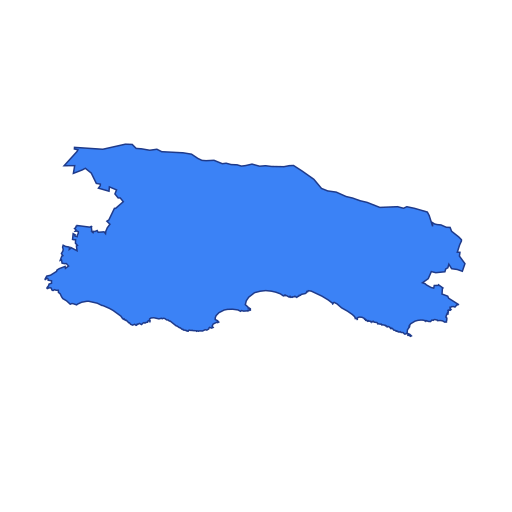 Eden, Western Cape, South Africa, rotated 14°
{"feature_id": "47623444B71894478343084", "entity_name": "Eden", "entity_type": "district", "adm_level": 2, "iso_a3": "ZAF", "parent_name": "South Africa", "parent_adm1": "Western Cape", "projection": "equal_earth", "projection_center": [22.286, -33.877], "detail": "fine", "context": "isolated", "style": "filled", "palette": "blue", "viewbox_px": 512, "rotation_deg": 14, "n_neighbors": 0, "source": "geoboundaries", "source_scale": "gbopen_adm2", "svg_char_len": 6057}
<svg xmlns="http://www.w3.org/2000/svg" viewBox="0 0 512 512"><g transform="rotate(14 256 256)"><path d="M343.5,177.2L335.7,176.4L329.1,176.5L318.4,174.6L309.8,175.5L303.2,174.6L293.6,167.6L280.2,162.4L270.5,159.1L266.4,160.3L261.5,162.6L249.3,165.4L243.4,166.1L237.8,168.0L229.9,167.8L224.0,170.8L220.1,172.3L215.6,172.1L209.7,173.3L204.6,173.2L201.0,174.6L192.1,173.3L184.5,175.6L180.4,176.3L176.0,175.4L168.8,172.8L160.3,173.5L139.3,177.6L134.0,176.4L127.3,179.1L118.9,179.7L113.7,180.6L108.9,177.7L102.2,179.1L81.5,189.5L53.6,194.5L53.9,196.1L57.5,196.0L57.1,197.8L48.0,214.8L58.2,212.2L58.8,220.0L66.5,214.6L69.2,212.2L76.1,215.4L83.5,224.2L87.6,223.9L87.9,225.4L86.7,228.3L97.7,228.7L97.0,224.4L104.7,225.6L104.1,229.9L108.2,233.0L110.2,232.5L114.1,235.4L108.3,243.7L107.1,244.0L104.5,256.6L102.9,258.3L106.6,260.5L104.9,264.5L104.3,268.4L104.6,270.7L102.7,269.3L97.1,271.2L95.7,269.7L93.9,271.1L92.4,271.4L92.3,272.8L91.4,272.5L90.8,271.4L90.4,271.5L90.4,270.8L89.4,268.3L89.4,267.2L89.0,267.1L87.8,268.2L74.9,269.7L74.8,270.4L74.2,270.7L74.3,271.8L73.3,273.3L74.9,274.0L75.0,274.9L74.6,275.7L76.4,275.1L77.7,275.4L78.1,277.2L77.6,278.6L77.8,280.5L75.7,280.5L75.3,280.3L75.4,279.2L73.2,278.6L74.0,284.3L75.3,284.3L77.0,283.8L77.7,287.3L80.2,288.9L79.3,289.7L81.1,294.2L74.5,292.6L74.6,293.1L73.2,294.8L72.9,292.8L72.4,292.5L68.9,292.8L66.3,292.2L66.2,294.2L67.3,296.2L67.4,298.0L66.6,300.7L68.5,302.4L67.6,303.1L67.1,307.6L68.2,306.9L69.6,309.9L72.4,309.7L73.8,309.2L76.6,311.1L74.1,314.1L73.3,312.3L68.1,315.9L66.3,317.8L66.2,319.2L61.2,324.4L57.8,326.1L56.9,329.5L57.2,329.8L58.6,328.2L59.1,328.1L59.9,328.7L60.2,329.8L63.6,329.5L64.2,331.9L62.0,333.3L61.9,335.1L60.9,337.2L61.1,338.0L61.8,338.0L62.5,337.1L64.3,336.6L65.2,336.8L66.0,338.2L66.8,338.6L67.6,338.5L68.6,337.4L70.3,337.6L72.5,337.1L73.1,339.1L75.2,340.1L77.2,342.6L78.9,344.1L83.0,345.3L87.4,347.7L88.8,346.7L90.0,346.5L93.8,346.8L94.4,345.9L98.1,343.0L102.7,340.9L104.6,340.4L113.4,340.2L118.6,341.3L119.3,341.1L126.5,342.3L130.5,343.4L139.4,347.0L141.8,349.1L142.1,348.9L142.9,349.4L143.3,349.0L143.9,349.7L145.2,349.6L145.3,350.0L146.6,350.2L148.7,351.6L149.3,351.4L150.9,352.6L153.0,352.9L154.8,351.6L156.4,352.3L156.9,352.0L157.2,350.8L157.8,350.9L159.2,349.6L161.5,350.2L162.8,348.2L163.5,347.7L164.5,348.0L165.1,347.2L166.8,346.5L167.0,346.0L166.7,345.6L167.3,344.8L168.2,344.6L168.9,345.3L169.0,344.6L168.1,343.6L168.0,342.7L169.2,341.5L171.8,340.6L177.0,340.5L179.3,339.3L180.2,339.6L181.0,338.9L182.6,338.7L184.7,339.6L186.3,339.4L187.6,340.1L188.5,339.9L195.4,343.1L196.5,343.1L199.0,344.1L199.7,343.9L201.9,345.0L202.9,344.8L203.4,345.4L205.8,345.1L206.5,345.5L206.9,345.1L207.8,345.5L208.5,345.3L208.7,344.4L209.4,344.0L211.1,344.0L211.9,343.5L212.6,343.7L216.2,343.0L216.6,343.4L217.7,342.7L218.5,342.9L219.3,342.3L222.3,341.7L224.5,339.8L226.2,339.8L227.8,338.2L227.8,337.3L228.2,336.5L230.3,336.7L231.7,335.7L230.4,334.7L230.9,332.4L233.9,329.8L234.6,330.0L235.1,329.3L235.4,329.5L235.8,329.1L234.7,328.6L234.5,328.1L231.8,327.5L231.4,325.8L231.7,323.5L233.7,320.0L238.2,316.1L241.2,314.7L246.1,313.3L251.5,312.7L254.4,313.4L255.2,312.4L257.3,312.5L260.3,311.5L261.0,310.9L261.5,311.3L261.8,310.6L262.5,310.5L262.7,309.7L263.6,309.8L263.3,308.6L262.3,308.3L261.9,307.6L262.0,308.6L261.5,308.2L261.7,307.8L261.0,308.3L260.5,307.4L257.4,305.8L257.4,301.8L258.9,297.7L263.5,291.9L268.7,289.1L273.8,287.2L279.3,286.4L283.9,286.3L288.8,286.8L292.2,288.1L292.7,287.9L293.0,287.2L293.6,286.8L294.0,287.4L295.0,287.0L297.9,287.8L298.3,287.2L298.9,287.6L299.1,287.0L300.0,287.6L301.1,286.9L301.3,287.2L303.4,285.7L303.8,286.1L304.2,285.8L305.6,286.3L306.2,285.2L307.2,284.8L307.4,283.7L308.7,283.4L309.2,282.3L312.9,280.5L314.0,279.1L313.9,278.1L314.9,278.0L315.1,277.0L318.1,276.7L329.7,279.0L336.8,281.2L341.8,283.4L342.0,283.9L342.3,283.6L342.0,282.9L343.0,282.1L346.1,282.8L351.6,285.6L358.2,287.4L363.7,289.5L366.5,291.1L367.4,292.5L367.6,292.1L368.7,292.2L369.9,293.6L369.3,292.2L369.8,291.0L371.2,290.2L373.7,289.8L376.7,290.5L377.0,290.8L376.9,291.1L377.9,291.1L378.0,291.9L378.9,291.7L379.8,292.2L379.9,291.7L380.8,291.5L381.0,292.0L382.6,291.6L383.7,292.3L383.7,291.8L384.9,291.3L385.3,291.6L385.6,291.0L386.8,291.6L389.5,291.3L390.7,292.4L390.9,292.1L393.1,292.1L393.8,291.7L394.9,292.5L395.2,292.1L398.4,292.0L398.6,292.5L399.6,292.3L400.4,293.1L400.7,292.7L401.7,292.4L403.1,292.8L404.1,293.7L404.4,293.2L404.9,293.7L405.9,293.3L407.6,294.6L408.7,294.4L409.7,294.9L410.5,294.6L410.6,295.0L412.1,294.9L412.3,295.2L413.3,295.2L414.3,294.5L415.2,295.1L417.3,294.7L419.0,295.8L419.9,295.6L420.6,294.8L422.2,295.0L422.8,295.6L422.7,296.2L423.2,296.1L423.2,295.6L425.3,296.6L426.1,295.9L424.1,294.8L421.3,294.3L420.8,291.0L422.0,287.9L421.6,287.8L421.7,286.9L422.0,286.6L421.6,286.3L422.5,284.3L426.1,280.7L428.6,279.3L431.3,278.3L433.6,277.8L435.4,277.8L435.7,278.1L436.0,277.8L436.6,278.3L437.1,277.5L439.1,277.8L441.2,277.4L442.2,275.6L443.6,275.5L443.9,274.9L444.8,274.4L447.3,274.3L447.7,274.8L450.4,274.0L452.7,273.8L455.1,274.5L456.7,274.0L456.4,273.3L456.7,272.8L456.3,271.2L456.5,270.9L455.8,269.6L455.4,269.7L455.0,269.2L455.1,267.1L455.5,266.6L455.3,266.2L455.8,265.9L455.7,265.5L456.3,265.5L455.7,264.4L456.2,264.0L456.1,263.6L455.4,262.4L455.7,261.9L457.4,261.8L457.9,261.4L458.0,261.0L457.7,260.8L458.0,260.6L457.0,260.0L456.7,258.9L457.3,258.9L457.8,257.9L459.8,257.3L461.4,257.4L462.8,254.7L463.7,254.6L464.0,254.0L453.2,250.4L451.7,248.6L445.7,247.9L444.7,242.3L445.1,241.8L440.1,239.8L440.0,240.4L436.1,241.5L436.2,244.2L433.5,244.2L428.3,242.8L426.9,242.0L424.0,241.7L428.6,236.3L429.9,228.7L434.5,228.7L443.1,225.6L443.2,222.7L445.0,221.0L445.1,217.3L448.9,221.0L454.5,220.4L459.9,220.9L460.6,212.9L453.4,206.9L453.0,203.1L450.4,203.6L450.9,195.9L451.7,191.7L451.4,190.5L448.2,188.5L439.8,184.7L437.4,181.3L433.7,182.1L428.0,181.1L424.1,181.7L421.5,181.7L419.1,180.9L420.2,184.5L414.3,174.9L411.6,171.9L398.3,171.4L390.4,171.7L387.6,174.0L381.5,173.9L364.4,178.9L350.8,177.1L343.5,177.2Z" fill="#3b82f6" stroke="#1e3a8a" stroke-width="1.5"/></g></svg>